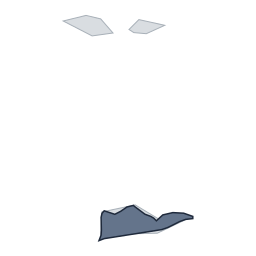 United States Virgin Islands, with Saint Croix highlighted
{"feature_id": "VIR-4870", "entity_name": "Saint Croix", "entity_type": "state/province", "adm_level": 1, "iso_a3": "VIR", "parent_name": "United States Virgin Islands", "parent_adm1": "", "projection": "robinson", "projection_center": [-64.734, 17.738], "detail": "fine", "context": "in_parent", "style": "filled", "palette": "slate", "viewbox_px": 256, "rotation_deg": 0, "n_neighbors": 0, "source": "natural_earth", "source_scale": "10m", "svg_char_len": 720}
<svg xmlns="http://www.w3.org/2000/svg" viewBox="0 0 256 256"><path d="M135.2,204.9L158.6,219.0L186.9,219.0L157.3,233.2L100.7,234.6L101.9,211.9L135.2,204.9ZM113.0,33.0L92.1,35.9L63.2,21.0L86.0,15.4L100.7,18.9L113.0,33.0ZM164.7,25.3L146.3,33.7L133.8,32.6L129.0,29.5L138.9,19.6L164.7,25.3Z" fill="#d9dde1" stroke="#a8b0b8" stroke-width="1"/><path d="M192.8,218.6L185.6,219.4L179.6,221.6L167.8,227.5L161.7,229.6L104.3,238.6L99.0,240.6L101.1,235.1L101.4,230.5L101.1,217.4L102.0,213.3L104.2,210.8L114.8,214.3L120.7,211.3L126.9,207.0L133.5,205.4L134.2,206.2L144.9,214.2L150.8,216.4L153.8,218.2L156.4,220.8L162.8,214.9L172.8,212.6L183.7,213.2L192.8,216.4L192.8,218.6Z" fill="#64748b" stroke="#1e293b" stroke-width="1.5"/></svg>